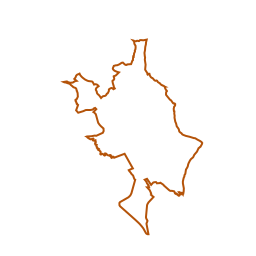 Puerto Colombia, Atlántico, Colombia (Equal Earth projection), rotated 115°
{"feature_id": "7082276B53697702098906", "entity_name": "Puerto Colombia", "entity_type": "district", "adm_level": 2, "iso_a3": "COL", "parent_name": "Colombia", "parent_adm1": "Atlántico", "projection": "equal_earth", "projection_center": [-74.901, 10.997], "detail": "fine", "context": "isolated", "style": "outline", "palette": "amber", "viewbox_px": 256, "rotation_deg": 115, "n_neighbors": 0, "source": "geoboundaries", "source_scale": "gbopen_adm2", "svg_char_len": 5769}
<svg xmlns="http://www.w3.org/2000/svg" viewBox="0 0 256 256"><g transform="rotate(115 128 128)"><path d="M163.6,50.3L161.8,50.8L159.1,51.9L154.9,54.9L153.2,55.7L150.5,56.3L149.2,56.5L148.3,56.4L146.8,56.9L145.3,56.7L141.2,57.9L138.6,57.6L137.0,57.7L136.1,58.0L134.5,58.2L131.3,58.1L129.6,57.8L127.0,56.6L124.2,56.6L120.3,55.5L116.4,55.5L115.7,55.0L115.0,54.9L114.5,54.4L111.3,54.2L110.2,54.4L109.5,55.7L109.5,56.7L109.3,57.2L109.2,60.0L108.9,62.6L109.0,63.2L109.3,63.9L109.9,68.4L110.7,72.2L110.9,75.0L110.8,76.2L110.2,77.2L109.9,78.9L109.6,79.8L109.4,80.1L108.1,81.1L107.4,81.8L106.8,82.8L105.9,84.5L103.5,86.4L102.3,87.8L99.0,90.2L97.2,90.9L95.5,92.1L93.3,93.0L93.3,93.5L91.3,94.7L89.1,95.2L88.3,94.9L87.4,94.9L86.3,95.4L86.2,95.7L86.5,96.0L86.2,96.8L86.5,97.0L86.5,97.6L85.6,99.2L85.1,100.0L84.7,100.8L84.6,101.9L82.0,107.3L81.4,107.8L79.4,108.6L78.1,108.3L77.8,108.6L77.4,109.7L76.4,111.0L75.4,112.0L75.2,112.1L75.0,111.8L75.0,112.2L74.7,113.7L74.9,114.5L74.7,115.0L74.9,115.6L74.8,116.1L74.2,117.8L74.0,118.0L73.9,119.4L73.7,120.4L72.9,121.6L72.9,122.3L73.5,122.9L73.6,123.3L73.6,123.9L73.3,124.9L72.7,126.0L72.4,127.0L72.5,127.2L72.5,127.5L72.3,128.7L71.1,130.5L70.0,131.3L69.8,131.5L70.2,132.3L71.3,132.7L71.2,133.0L70.0,133.8L68.2,136.7L67.7,137.2L63.2,138.8L59.0,141.6L56.7,142.4L56.0,143.0L53.0,144.8L50.2,145.5L47.3,146.6L44.4,147.2L43.0,147.8L40.0,148.4L42.0,151.1L42.9,153.6L43.5,154.4L44.5,154.7L44.8,155.3L44.9,156.2L45.3,156.9L45.9,157.3L46.5,158.5L46.6,158.8L46.4,159.8L46.5,160.3L46.7,159.8L46.8,159.2L49.0,157.8L50.3,155.9L52.1,155.0L53.8,154.5L54.8,154.6L55.8,154.0L57.9,154.0L59.5,153.4L60.1,153.4L60.9,153.0L61.0,153.5L63.8,152.5L64.3,152.2L65.1,152.5L68.8,152.2L70.7,155.6L71.3,155.8L71.7,156.4L71.8,157.0L71.7,157.9L70.9,160.3L71.6,161.3L74.0,162.8L75.6,164.2L76.4,165.6L77.7,167.1L80.0,167.0L80.7,166.8L81.2,166.2L81.7,164.8L81.8,164.2L81.7,161.5L81.4,159.7L85.4,161.2L86.2,161.8L87.1,162.8L87.5,162.7L88.6,161.6L89.5,161.2L90.5,161.3L91.7,162.0L92.1,161.9L93.8,160.7L96.0,158.7L96.9,158.1L97.8,156.7L99.0,157.6L98.6,158.8L98.7,159.8L99.2,160.4L100.3,161.2L101.1,161.6L102.6,161.0L104.7,161.0L105.4,161.2L105.7,161.6L106.0,161.7L107.0,161.7L107.9,161.9L108.7,162.5L109.7,164.0L110.8,164.6L112.2,165.1L110.6,167.9L110.1,169.7L109.7,170.5L109.2,171.1L108.2,171.7L107.0,173.3L106.2,173.6L104.8,173.5L102.5,172.3L102.1,173.2L101.8,174.1L101.9,175.4L102.2,176.3L103.0,177.1L101.3,179.4L101.1,179.9L101.1,180.4L102.2,183.8L102.3,185.4L102.2,187.6L101.6,190.3L101.2,191.6L100.3,193.6L99.2,194.9L100.1,195.6L101.0,196.5L101.8,196.9L102.9,197.1L104.4,196.9L106.2,197.4L107.0,194.5L107.8,195.7L108.7,196.2L109.1,196.7L109.7,196.9L110.2,197.3L110.7,198.3L111.2,198.8L111.8,201.4L111.6,202.8L111.7,203.2L113.5,205.8L113.5,205.0L113.1,203.8L112.8,200.8L112.7,200.5L112.6,199.8L112.7,199.0L113.1,198.2L113.8,195.5L114.1,194.8L113.9,192.5L114.2,191.7L114.5,191.3L115.3,190.7L115.6,190.3L116.0,190.2L116.3,189.6L117.0,189.1L117.5,188.5L120.8,186.7L123.5,186.7L124.0,186.8L124.4,187.4L124.9,187.5L125.4,186.9L125.9,186.7L126.1,186.1L127.0,185.5L127.3,184.6L127.9,184.5L128.1,184.0L128.1,183.4L128.2,183.0L133.9,182.5L135.2,179.6L131.6,175.6L129.6,173.9L128.8,172.4L127.7,169.9L126.4,168.0L125.6,167.4L124.8,167.3L123.7,166.3L124.3,164.7L128.1,166.0L128.1,165.6L129.1,163.0L135.9,157.2L137.1,155.1L137.9,153.1L138.8,150.0L141.0,148.8L143.0,148.8L148.5,153.5L148.9,154.9L151.0,157.8L153.0,161.6L153.2,161.8L153.2,161.5L153.6,161.0L153.8,160.4L154.1,158.0L154.1,157.2L153.5,156.5L153.2,155.8L152.3,155.2L152.2,155.0L152.3,154.8L152.8,154.8L153.5,155.0L153.7,154.8L153.9,154.8L154.1,154.4L153.9,153.7L153.4,153.1L153.3,152.6L153.0,152.4L152.9,152.3L153.5,151.9L153.9,151.9L154.1,151.4L154.3,151.3L154.5,151.4L154.6,151.2L154.9,151.2L155.1,151.4L155.7,150.9L155.9,150.8L156.2,151.1L156.8,150.6L156.9,150.0L156.7,149.9L156.6,149.2L157.3,149.2L158.1,148.8L158.3,148.6L158.3,148.1L158.8,147.6L159.1,147.6L159.1,147.1L159.3,147.0L159.3,146.6L159.5,146.6L159.4,146.0L159.7,146.1L159.8,145.9L160.4,145.8L160.5,145.3L160.2,144.8L160.2,144.5L160.9,143.5L161.0,142.9L161.8,142.4L163.1,142.2L163.4,142.0L163.5,141.4L163.4,141.2L162.5,140.7L162.1,140.0L162.3,139.4L162.8,138.2L162.9,137.7L162.5,137.2L162.2,137.1L160.8,138.0L160.6,137.7L160.5,137.2L160.7,136.3L161.1,135.6L161.2,134.5L161.1,134.0L160.7,133.4L160.8,133.1L160.3,133.1L160.1,132.9L159.9,132.3L160.2,131.8L160.5,131.8L161.5,131.1L161.8,130.8L161.7,130.4L161.9,130.2L161.5,129.8L161.0,130.1L160.4,129.8L160.2,129.2L160.2,128.9L160.4,128.2L160.7,127.9L152.8,120.2L162.6,106.5L163.8,107.7L165.9,109.5L166.4,108.8L167.5,106.4L168.0,105.8L168.9,103.4L169.2,103.0L170.8,101.5L171.8,100.3L171.9,100.1L171.9,99.6L185.8,97.3L188.2,97.4L190.6,98.3L198.5,103.9L199.6,104.1L201.6,103.1L202.3,102.1L208.1,82.6L209.4,78.6L210.0,76.9L211.4,73.8L212.5,71.7L215.7,67.3L216.0,66.5L216.0,65.4L215.6,64.6L207.1,70.7L206.6,70.9L204.5,71.0L203.8,71.2L202.3,73.2L201.3,74.0L189.9,78.1L188.9,78.2L186.8,78.0L179.7,75.7L178.9,78.7L178.7,78.6L177.9,79.1L177.6,79.6L177.2,79.7L175.2,82.0L173.7,85.6L172.8,83.9L171.3,85.6L171.2,85.4L170.7,86.1L170.2,87.3L169.0,88.6L168.9,88.6L167.8,91.0L166.0,89.3L169.8,83.0L166.8,82.1L166.4,81.7L165.5,80.4L165.2,79.7L165.6,78.8L165.9,78.4L164.5,75.9L164.3,75.9L163.9,75.5L164.5,71.9L164.9,71.3L166.9,64.6L167.1,63.5L167.0,62.8L166.4,61.7L165.9,59.5L166.1,59.0L167.0,58.2L167.4,57.7L167.5,57.0L167.0,56.8L167.2,56.3L167.1,56.1L167.4,55.5L167.2,55.4L167.8,54.2L167.9,53.2L167.6,53.0L167.1,53.2L166.7,53.0L166.4,53.1L165.9,52.1L165.5,52.1L165.1,53.4L165.2,54.0L164.7,54.8L164.4,54.3L164.4,53.6L165.1,52.5L165.0,52.1L165.4,51.8L164.9,51.4L164.3,52.1L164.1,52.0L164.1,51.7L164.5,51.2L164.7,50.7L165.0,50.2L164.6,50.3L163.7,50.8L163.6,50.4L163.6,50.3Z" fill="none" stroke="#b45309" stroke-width="2"/></g></svg>